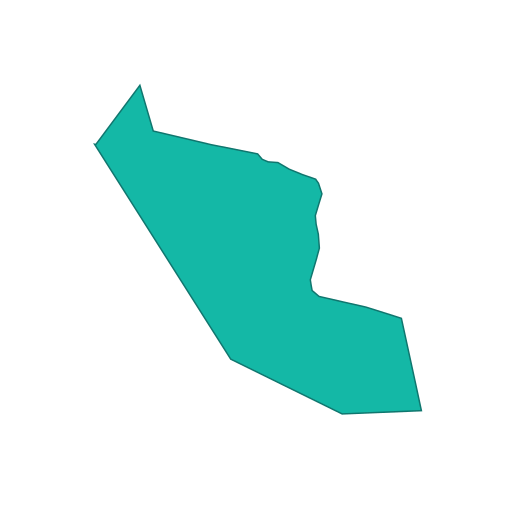 La Haut, Praslin, Saint Lucia (Albers equal-area conic projection), rotated 72°
{"feature_id": "8701671B44259561788806", "entity_name": "La Haut", "entity_type": "district", "adm_level": 2, "iso_a3": "LCA", "parent_name": "Saint Lucia", "parent_adm1": "Praslin", "projection": "albers", "projection_center": [-60.907, 13.859], "detail": "fine", "context": "isolated", "style": "filled", "palette": "teal", "viewbox_px": 512, "rotation_deg": 72, "n_neighbors": 0, "source": "geoboundaries", "source_scale": "gbopen_adm2", "svg_char_len": 623}
<svg xmlns="http://www.w3.org/2000/svg" viewBox="0 0 512 512"><g transform="rotate(72 256 256)"><path d="M99.8,375.0L346.3,311.9L432.8,222.9L454.2,146.5L428.0,143.8L360.2,137.0L355.8,143.1L338.6,167.2L326.3,187.9L313.9,208.6L310.7,210.5L306.2,213.3L300.9,212.6L295.4,211.7L277.0,199.1L275.1,197.9L268.1,193.3L254.6,190.0L244.3,189.0L235.9,187.1L226.1,180.3L220.7,176.5L217.3,174.1L206.1,174.1L204.2,174.7L202.7,175.2L201.4,175.5L193.0,186.6L183.7,197.6L173.9,206.3L170.2,215.4L166.0,220.2L159.4,222.9L136.3,264.2L105.4,315.1L57.8,313.7L100.4,373.8L99.8,375.0Z" fill="#14b8a6" stroke="#0f766e" stroke-width="1.5"/></g></svg>